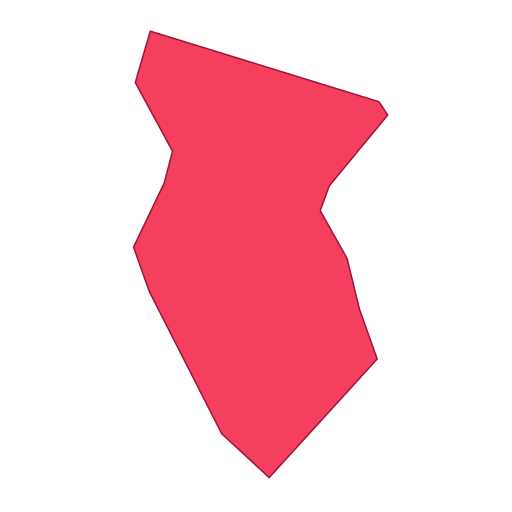 map outline of Miklavž na Dravskem polju (Equal Earth projection), rotated 2°
{"feature_id": "SVN-228", "entity_name": "Miklavž na Dravskem polju", "entity_type": "Municipality", "adm_level": 1, "iso_a3": "SVN", "parent_name": "Slovenia", "parent_adm1": "", "projection": "equal_earth", "projection_center": [15.713, 46.486], "detail": "fine", "context": "isolated", "style": "filled", "palette": "rose", "viewbox_px": 512, "rotation_deg": 2, "n_neighbors": 0, "source": "natural_earth", "source_scale": "10m", "svg_char_len": 357}
<svg xmlns="http://www.w3.org/2000/svg" viewBox="0 0 512 512"><g transform="rotate(2 256 256)"><path d="M142.5,35.0L373.6,97.6L382.7,110.6L326.8,183.3L318.6,208.4L347.1,255.3L361.4,305.9L380.7,354.7L276.9,477.0L228.0,434.9L150.6,295.2L133.3,251.4L161.8,186.1L168.9,154.1L129.3,86.9L142.5,35.0Z" fill="#f43f5e" stroke="#9f1239" stroke-width="1.5"/></g></svg>